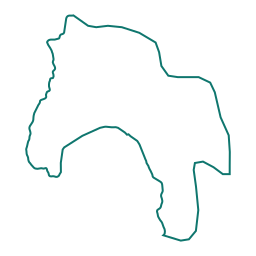 SVG path tracing the border of Ihorombe
{"feature_id": "MDG-5874", "entity_name": "Ihorombe", "entity_type": "Autonomous Province", "adm_level": 1, "iso_a3": "MDG", "parent_name": "Madagascar", "parent_adm1": "", "projection": "natural_earth1", "projection_center": [45.657, -22.685], "detail": "fine", "context": "isolated", "style": "outline", "palette": "teal", "viewbox_px": 256, "rotation_deg": 0, "n_neighbors": 0, "source": "natural_earth", "source_scale": "10m", "svg_char_len": 3219}
<svg xmlns="http://www.w3.org/2000/svg" viewBox="0 0 256 256"><path d="M210.2,82.6L214.8,92.3L220.6,117.3L228.7,135.3L229.8,151.9L229.7,165.8L229.7,174.1L222.8,174.1L213.5,167.2L203.0,161.6L194.9,163.0L193.7,169.9L196.0,186.6L198.3,210.1L195.9,230.9L188.9,239.3L180.8,240.6L163.3,235.3L164.0,234.6L164.5,233.9L164.7,233.4L164.8,232.4L164.9,231.6L164.8,230.4L164.5,229.0L163.6,227.1L162.2,223.1L161.5,221.8L160.2,220.2L158.5,217.3L158.0,216.1L157.6,213.8L157.2,212.4L157.0,211.3L157.2,210.3L157.9,209.6L159.6,208.5L160.3,207.8L160.8,206.9L161.3,204.8L161.6,203.8L162.0,202.9L162.3,201.8L162.3,200.7L161.8,198.4L161.4,197.3L161.1,196.2L161.1,195.1L161.4,194.0L162.4,192.0L162.7,191.0L162.7,190.1L162.2,184.8L161.8,183.2L161.1,182.3L160.2,181.6L153.6,177.6L153.1,177.1L152.7,176.5L152.4,175.0L152.2,174.3L150.6,170.9L149.6,169.1L148.8,167.3L148.6,166.7L148.4,166.0L146.6,163.1L146.6,162.9L146.4,162.3L146.2,161.0L145.9,160.4L145.1,158.6L144.7,157.5L139.5,144.5L137.7,141.6L137.2,140.9L130.5,136.2L128.5,134.3L127.0,134.7L124.9,132.5L118.0,127.8L115.8,127.2L111.9,127.3L105.9,126.7L104.6,126.8L100.1,127.8L82.4,135.8L64.2,147.4L62.7,149.5L60.8,162.9L60.9,172.1L59.5,174.4L59.0,175.6L57.7,176.6L57.2,176.8L56.6,176.9L56.0,176.9L54.3,176.4L53.1,176.2L51.1,176.4L50.0,176.2L49.5,175.9L49.1,175.4L48.9,174.9L48.5,173.1L48.0,172.1L47.7,171.7L47.2,170.7L46.9,169.4L46.6,168.6L46.2,168.2L45.7,168.1L44.1,168.5L43.5,168.6L41.8,168.3L41.2,168.2L37.5,168.8L36.6,168.7L35.2,168.5L34.5,168.1L33.9,167.7L31.2,164.7L30.3,163.4L29.5,162.5L29.2,162.2L29.0,161.7L28.7,161.2L28.5,160.4L28.3,159.7L28.1,157.7L27.9,157.1L27.5,156.0L27.2,155.5L26.9,154.7L26.7,154.0L26.6,153.3L26.5,151.8L26.3,150.1L26.2,149.4L26.3,148.7L27.0,146.5L28.0,142.1L28.4,141.0L29.0,140.0L29.2,139.5L29.3,139.0L29.4,138.5L29.5,136.9L29.6,136.5L29.7,136.0L30.3,134.5L30.5,133.8L30.5,133.1L30.4,132.5L30.3,131.8L29.5,129.2L29.4,128.5L29.4,127.8L29.5,127.2L29.7,126.6L29.9,126.1L32.5,122.1L33.0,121.0L33.3,119.8L33.5,116.9L33.7,115.5L34.3,113.1L38.3,105.1L38.9,104.2L39.2,103.8L39.5,103.3L39.7,102.8L39.9,102.2L40.0,101.5L40.1,100.9L40.5,100.4L40.9,100.1L41.8,99.7L43.9,99.0L45.3,98.3L45.7,97.9L46.0,97.5L46.2,97.0L46.2,96.4L46.0,95.2L46.0,94.6L46.8,92.4L47.1,91.9L47.5,91.6L49.0,91.0L49.4,90.7L49.7,90.3L49.8,89.7L49.7,89.0L49.2,87.2L49.0,86.3L49.0,85.5L49.0,84.1L49.2,82.7L49.3,82.1L49.8,81.0L50.2,79.2L50.4,78.7L50.8,78.4L51.4,78.2L52.6,78.1L53.0,77.9L53.2,77.4L53.6,76.2L53.5,75.4L53.4,74.4L52.9,72.9L52.8,72.0L53.0,71.3L54.4,69.9L54.7,69.5L55.0,69.0L55.1,68.4L55.0,67.4L54.6,66.3L53.5,64.3L53.1,63.2L52.8,62.3L52.9,61.7L53.0,61.1L53.5,60.0L53.5,59.4L53.5,58.7L52.7,53.8L52.4,53.0L52.1,52.3L51.6,50.6L50.2,48.0L48.2,44.9L47.5,43.3L47.1,42.2L47.3,41.7L47.6,41.2L48.3,40.5L48.7,40.2L49.7,39.8L50.8,39.6L54.7,39.6L58.5,38.6L59.0,38.4L59.3,38.0L59.5,37.4L59.8,36.2L60.0,35.6L60.3,35.2L60.6,34.8L61.0,34.5L61.5,34.3L62.6,34.0L63.1,33.7L63.5,33.5L63.8,33.0L64.1,32.6L66.2,18.6L66.4,18.0L66.6,17.4L66.9,17.0L67.2,16.6L67.6,16.2L68.0,16.0L68.5,15.8L69.1,15.6L72.3,15.6L73.4,15.4L88.1,25.8L96.2,27.2L107.9,25.8L121.8,27.2L139.3,32.8L155.6,42.5L159.1,52.2L161.4,66.0L168.3,75.7L177.6,77.1L189.3,77.1L198.6,77.1L210.2,82.6Z" fill="none" stroke="#0f766e" stroke-width="2"/></svg>